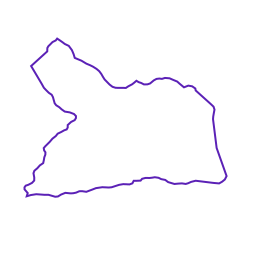 outline of Pontal, São Paulo, Brazil, rotated 277°
{"feature_id": "56859067B44935232786988", "entity_name": "Pontal", "entity_type": "district", "adm_level": 2, "iso_a3": "BRA", "parent_name": "Brazil", "parent_adm1": "São Paulo", "projection": "equal_earth", "projection_center": [-48.065, -20.99], "detail": "fine", "context": "isolated", "style": "outline", "palette": "violet", "viewbox_px": 256, "rotation_deg": 277, "n_neighbors": 0, "source": "geoboundaries", "source_scale": "gbopen_adm2", "svg_char_len": 1916}
<svg xmlns="http://www.w3.org/2000/svg" viewBox="0 0 256 256"><g transform="rotate(277 128 128)"><path d="M208.1,46.8L206.1,45.6L204.1,42.6L201.1,40.3L199.5,39.0L197.6,38.2L194.2,38.5L177.7,24.3L161.4,36.9L157.7,39.6L155.7,42.0L153.3,45.1L151.7,48.2L149.4,49.8L147.4,50.6L143.6,52.2L141.8,54.0L140.3,57.2L138.4,59.9L136.6,63.2L136.4,68.3L135.3,72.7L133.5,74.9L131.5,75.1L129.3,74.1L127.1,70.8L123.6,67.8L121.1,68.1L119.1,67.3L117.9,64.9L115.9,62.2L113.8,58.9L111.2,57.3L108.2,54.3L104.7,52.0L99.9,48.2L97.8,46.8L95.5,47.5L93.8,49.0L91.5,49.2L88.7,48.5L86.1,48.4L82.8,48.1L80.2,45.1L77.0,42.9L74.2,40.3L71.6,39.7L67.4,41.0L64.4,41.3L61.8,39.4L59.5,36.0L58.3,33.5L56.5,32.5L54.5,32.8L51.2,36.4L47.9,35.8L49.6,39.7L51.1,45.0L51.3,48.8L51.5,53.0L52.0,57.3L50.9,64.1L51.5,66.8L53.8,69.7L56.0,73.7L56.1,78.6L56.5,81.3L57.5,84.3L59.3,87.4L59.7,90.3L59.6,94.4L62.5,100.0L64.4,103.5L66.1,109.7L66.6,116.3L67.2,119.0L70.5,126.1L71.7,130.1L72.2,136.4L73.6,139.1L76.3,140.1L76.7,143.3L77.3,146.9L79.3,148.2L80.6,151.5L81.0,155.4L81.6,157.9L82.4,160.6L82.3,164.4L81.3,167.2L81.0,171.3L79.2,174.4L78.1,180.9L78.9,184.5L79.6,188.3L79.5,192.1L80.5,194.4L82.2,197.2L83.9,201.6L83.9,216.7L83.9,219.5L84.1,225.2L86.2,228.0L88.7,230.4L92.3,231.7L119.0,218.4L147.2,211.3L149.9,211.2L153.7,211.4L156.8,211.6L159.6,210.3L161.6,207.6L173.5,190.6L175.4,190.0L177.2,186.6L177.4,182.7L175.2,178.6L176.6,176.4L178.4,173.6L180.1,171.2L181.3,166.8L182.4,163.2L182.2,158.6L180.9,155.7L180.9,153.1L180.2,150.3L178.4,147.8L174.9,144.5L173.7,142.0L173.2,138.5L174.3,135.6L174.8,133.0L175.9,130.6L173.7,128.6L171.9,126.8L169.4,123.2L167.5,121.0L167.2,117.9L166.7,114.0L166.4,110.8L167.0,107.6L168.9,104.4L173.3,98.9L175.6,97.0L178.4,94.9L180.9,92.5L182.8,89.6L184.6,85.8L185.7,82.7L186.8,78.8L189.1,73.7L191.1,66.6L194.7,65.0L198.5,62.8L202.3,59.2L203.7,55.0L205.0,52.8L206.4,50.2L208.1,46.8Z" fill="none" stroke="#5b21b6" stroke-width="2"/></g></svg>